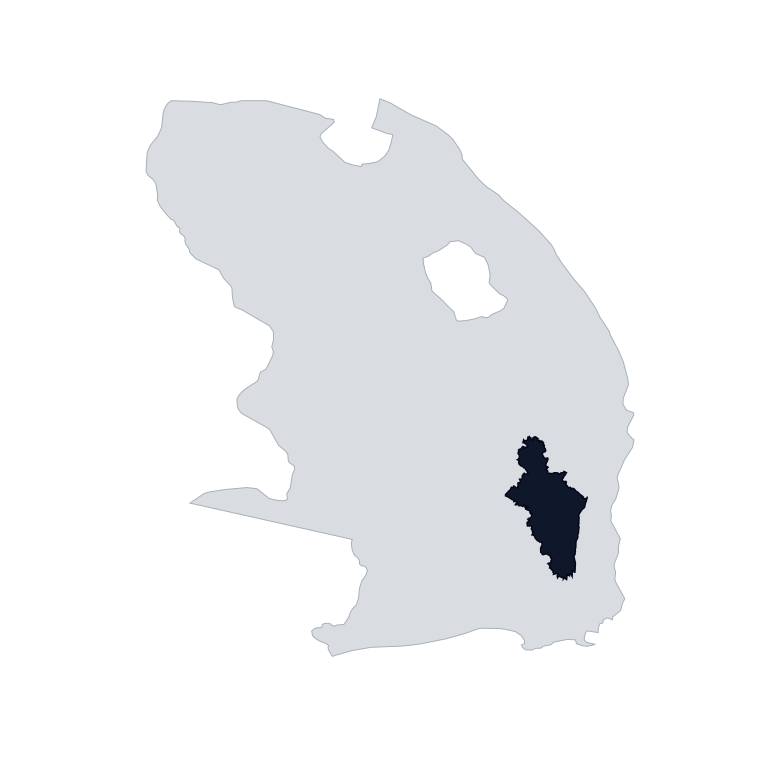 location of Central Karoo, Western Cape, South Africa, rotated 283°
{"feature_id": "47623444B66747201173997", "entity_name": "Central Karoo", "entity_type": "district", "adm_level": 2, "iso_a3": "ZAF", "parent_name": "South Africa", "parent_adm1": "Western Cape", "projection": "equal_earth", "projection_center": [22.176, -32.556], "detail": "fine", "context": "in_parent", "style": "filled", "palette": "ink", "viewbox_px": 768, "rotation_deg": 283, "n_neighbors": 0, "source": "geoboundaries", "source_scale": "gbopen_adm2", "svg_char_len": 9198}
<svg xmlns="http://www.w3.org/2000/svg" viewBox="0 0 768 768"><g transform="rotate(283 384 384)"><path d="M538.1,104.2L556.5,101.1L564.7,102.9L574.5,107.8L583.7,109.6L599.4,107.8L604.8,108.6L609.0,110.3L612.1,112.9L616.1,132.4L619.5,153.3L619.3,160.0L619.7,162.6L624.0,171.4L625.5,176.9L628.0,181.4L633.1,203.5L633.6,207.4L632.1,260.7L629.8,267.2L630.5,275.5L627.8,276.6L612.7,265.9L609.9,266.3L605.5,270.3L601.3,276.6L599.3,281.9L591.1,296.2L590.4,305.2L590.8,313.0L593.4,313.3L595.1,318.9L599.1,327.8L606.0,333.4L612.6,336.0L621.8,336.7L629.0,336.5L628.8,330.5L630.9,314.4L643.0,316.4L661.0,315.9L659.4,326.3L652.2,350.1L647.2,376.7L641.4,390.1L638.2,395.6L629.2,405.4L624.6,408.6L620.7,409.7L605.3,429.4L599.5,438.9L594.2,452.7L589.1,460.3L581.5,476.4L568.3,500.1L557.4,515.7L552.6,520.1L549.4,522.2L540.8,531.2L528.7,545.6L519.4,558.4L505.7,572.9L497.8,579.2L485.9,591.7L482.6,593.5L469.3,605.0L459.8,612.0L444.4,620.1L438.4,622.4L424.0,620.3L418.0,621.4L412.9,626.3L412.3,633.3L410.2,634.4L397.0,631.1L391.6,631.7L388.3,635.4L385.7,640.2L378.2,640.4L364.7,635.5L348.9,632.5L345.2,632.2L337.5,635.8L334.8,636.4L323.6,635.6L317.4,633.3L311.5,633.3L306.9,635.2L301.4,635.9L286.5,649.0L278.8,649.0L272.2,650.5L260.4,648.8L256.9,649.6L253.4,651.9L245.4,652.9L242.4,654.9L229.0,666.9L223.4,665.6L216.4,665.5L208.4,659.1L205.4,659.5L206.1,657.6L206.4,654.2L203.5,650.7L200.4,650.9L198.7,648.0L193.9,647.8L190.0,648.6L189.1,637.5L187.2,636.4L182.4,636.2L180.1,636.6L179.0,637.6L177.8,640.1L177.9,647.9L176.2,645.7L174.2,641.0L173.6,636.1L174.2,630.2L177.7,628.0L176.6,620.6L170.8,607.7L167.3,605.0L164.5,598.4L161.8,596.0L160.6,591.3L157.9,587.6L156.9,581.8L158.3,578.4L160.6,576.6L163.0,579.5L165.8,578.4L169.9,574.1L172.3,567.7L172.3,557.3L171.6,550.9L168.0,534.2L166.4,530.3L158.8,518.4L149.9,502.3L138.5,476.9L133.0,461.5L124.5,430.5L117.1,413.0L108.1,396.5L107.0,395.4L108.3,393.4L112.9,389.6L115.0,388.6L116.1,389.1L117.2,388.0L118.2,385.4L118.9,379.6L121.0,373.5L122.9,370.9L127.0,369.1L130.2,371.4L131.5,373.7L132.1,376.7L133.5,378.1L135.7,378.0L137.3,379.8L138.3,383.6L138.1,386.3L136.9,388.0L137.1,390.2L138.8,393.0L140.6,399.0L149.1,402.2L153.9,402.6L158.4,404.1L162.7,406.8L169.6,407.4L179.3,406.1L187.3,406.7L193.6,409.3L198.2,409.8L201.0,408.1L202.2,405.7L201.8,402.6L203.1,400.6L206.3,399.8L208.8,397.4L210.7,393.5L215.1,390.3L222.0,387.9L225.4,388.0L224.3,221.8L236.8,233.3L239.8,238.7L245.9,254.3L252.2,273.6L253.3,282.9L253.0,284.9L246.7,297.5L246.5,303.7L247.3,311.0L248.7,314.7L250.6,315.9L255.0,314.0L261.8,316.0L274.8,315.1L281.2,316.1L282.9,315.5L284.3,314.0L286.0,309.6L287.5,308.1L293.5,306.2L296.2,303.7L300.5,295.1L313.4,283.4L314.9,280.7L323.0,252.8L325.5,248.8L329.1,246.2L336.2,244.1L340.4,245.2L344.9,247.6L349.9,251.7L357.5,259.3L360.0,260.5L367.6,260.8L372.2,265.8L386.4,269.1L390.5,269.0L394.9,266.3L402.2,266.4L410.0,264.5L414.8,259.5L424.3,229.0L425.3,222.3L426.4,220.4L433.9,217.0L443.0,214.3L444.9,212.9L450.6,204.4L458.1,197.3L463.6,172.8L467.1,167.0L469.2,164.5L470.5,164.5L472.5,162.9L475.0,159.9L477.9,158.0L481.3,157.4L483.6,155.3L484.6,152.0L486.4,150.4L488.9,150.5L490.3,149.5L490.7,147.3L496.4,142.0L496.5,139.8L499.8,134.6L506.2,126.4L512.1,121.7L517.7,120.8L527.9,116.6L531.6,112.6L534.1,107.2L538.1,104.2ZM514.3,462.8L523.3,458.8L530.0,453.5L531.7,443.8L536.9,437.8L538.8,432.3L540.4,424.6L537.6,416.5L533.5,414.2L526.2,407.2L523.0,402.5L518.6,398.6L515.5,393.8L510.3,395.3L502.2,399.2L497.2,402.7L492.9,406.9L485.3,409.9L478.1,423.1L475.8,426.1L470.1,435.7L462.1,440.4L461.9,442.2L464.4,450.0L467.9,457.8L471.7,464.2L471.4,468.1L472.6,471.1L476.0,473.3L481.7,481.2L484.5,483.7L493.3,485.6L494.6,485.1L497.1,480.4L497.5,477.1L503.6,466.8L506.2,463.7L514.3,462.8Z" fill="#d9dde1" stroke="#a8b0b8" stroke-width="1"/><path d="M364.5,536.2L362.8,536.4L362.5,536.5L361.8,537.0L361.3,535.7L360.9,535.3L360.4,533.6L360.4,533.3L361.0,532.6L359.2,532.6L358.2,532.6L358.3,533.0L357.8,534.5L357.7,535.5L356.7,536.5L356.6,537.7L355.9,538.3L355.4,538.2L354.1,536.0L353.8,535.8L354.0,535.3L353.1,535.1L354.4,533.6L354.2,533.0L353.3,532.9L352.7,532.6L352.1,532.2L351.4,532.1L350.7,530.3L350.0,530.0L349.2,530.1L348.2,530.4L347.5,530.6L346.9,530.1L346.0,530.7L345.4,531.8L344.1,532.0L343.7,532.5L342.8,532.4L340.4,531.5L340.2,531.1L339.7,532.3L339.8,532.9L339.2,533.0L337.8,532.8L336.4,533.6L335.2,535.5L335.1,535.8L335.0,537.4L334.0,538.8L333.8,539.1L334.0,540.0L332.7,541.3L332.0,541.9L331.4,542.9L331.1,543.0L330.9,543.4L330.3,543.8L329.8,543.8L329.6,544.5L329.2,544.3L328.7,543.5L328.3,543.5L328.1,542.9L328.1,541.6L328.6,540.7L327.6,540.1L326.6,539.7L325.6,539.4L324.8,539.5L323.1,540.0L322.2,539.4L321.7,537.5L320.6,538.4L319.0,539.2L318.3,537.9L317.6,536.7L315.7,537.4L314.8,537.7L314.7,537.6L314.7,537.4L314.4,537.4L314.2,537.4L314.2,537.6L313.6,537.7L312.4,537.0L313.0,535.4L313.5,534.1L313.8,533.4L312.0,532.9L312.0,531.3L309.9,531.0L309.7,531.0L307.6,529.6L305.1,528.1L304.8,528.0L303.6,527.2L302.3,527.6L301.9,530.7L301.6,530.8L301.2,532.4L300.6,533.8L300.1,535.1L300.1,536.4L298.6,537.1L299.2,537.6L298.8,540.8L297.7,540.4L297.1,539.5L295.9,539.1L295.9,539.3L295.9,539.5L296.0,539.5L296.1,539.8L296.1,540.0L296.2,540.3L296.3,540.3L296.3,540.5L296.5,540.6L296.6,540.8L296.7,541.1L296.6,542.2L295.7,542.8L296.3,544.4L296.5,545.6L295.8,546.3L296.4,547.5L297.7,548.3L297.3,548.9L296.3,551.9L295.6,549.1L293.9,550.5L293.4,553.2L293.3,554.6L293.2,554.4L292.4,555.0L291.2,555.3L290.8,557.0L290.3,556.6L290.2,556.8L290.1,557.4L289.2,557.7L288.5,557.6L286.6,556.8L286.1,556.5L285.7,556.0L285.8,555.5L285.1,555.4L284.9,555.4L284.6,554.5L284.2,554.9L283.8,555.4L283.6,555.7L283.2,556.4L282.6,556.2L282.3,555.7L281.6,554.7L280.3,554.7L279.9,555.0L279.4,555.2L278.4,555.5L278.0,555.6L278.2,556.5L278.5,558.3L278.9,559.3L278.5,559.9L277.5,560.3L276.8,560.2L276.0,560.1L275.0,561.1L274.5,562.0L273.8,561.7L272.0,562.7L270.3,562.1L270.4,563.2L269.7,564.8L269.3,565.3L268.0,565.8L266.9,567.4L266.6,567.6L266.4,567.8L265.0,571.4L265.6,573.1L264.1,573.8L263.5,574.1L262.4,574.3L261.6,574.0L259.2,573.5L255.3,574.6L254.6,576.0L253.5,576.7L253.6,577.7L254.1,578.5L254.9,579.9L254.9,581.3L253.8,584.7L252.1,585.5L251.6,586.9L249.0,586.4L248.0,586.8L247.0,586.8L247.1,586.1L246.0,584.1L244.0,586.8L242.0,586.7L241.9,588.1L241.7,588.4L240.6,589.0L240.4,590.2L240.2,590.9L239.3,590.9L238.6,590.9L237.6,592.3L236.8,592.1L238.1,594.6L238.0,595.2L237.7,596.3L235.9,595.9L234.3,596.7L234.9,596.9L236.2,597.5L235.9,598.7L235.7,599.6L235.8,600.0L235.5,600.8L236.0,602.0L234.4,602.5L235.6,602.8L235.1,604.4L234.6,605.9L235.9,605.8L236.8,605.6L239.8,605.3L239.8,606.0L239.4,606.5L239.1,606.5L239.2,607.0L238.8,607.9L240.6,607.8L241.2,608.3L241.4,608.3L241.8,608.9L241.6,609.1L240.4,609.3L238.8,610.6L240.7,610.3L244.1,609.5L244.2,611.1L243.4,611.7L243.5,612.3L245.8,612.0L246.2,611.9L248.1,611.6L249.3,611.3L251.5,611.0L252.8,610.7L258.0,608.1L259.7,607.7L260.9,608.5L262.2,608.2L264.3,608.1L265.1,607.8L266.0,607.4L267.3,607.7L268.9,607.4L269.2,607.4L270.5,607.1L272.6,606.7L274.8,606.5L276.6,607.2L277.1,607.2L277.7,607.4L278.7,607.2L279.6,607.0L280.6,606.6L282.9,607.0L283.8,606.6L285.1,606.6L286.6,606.3L287.7,606.4L288.7,606.0L290.1,605.2L292.1,605.3L293.5,604.8L295.0,604.6L296.9,604.2L298.1,604.0L299.3,603.4L300.4,603.1L302.8,603.9L306.2,605.2L308.6,607.0L310.3,607.2L312.4,607.0L315.1,607.4L316.8,607.4L318.7,607.6L319.1,607.4L317.5,606.5L317.5,605.9L317.6,603.5L318.7,603.6L318.7,602.8L319.3,602.7L320.5,600.0L320.7,599.3L320.8,599.3L320.9,598.9L321.3,598.5L321.7,598.0L322.1,597.5L322.6,595.5L323.7,594.1L324.7,592.5L324.8,591.3L324.0,590.3L324.1,589.9L325.2,589.0L324.5,587.1L326.3,584.9L326.5,583.8L329.4,583.8L330.0,583.1L329.2,580.5L331.1,579.1L332.4,579.2L332.8,579.9L334.5,580.1L336.3,581.0L338.7,581.7L339.3,579.0L337.8,579.0L337.8,578.6L337.8,577.7L337.3,576.6L337.2,576.4L335.1,575.0L335.8,574.4L336.2,574.1L336.4,572.3L336.0,570.9L335.8,569.7L334.3,568.0L334.4,566.5L334.4,565.9L333.6,564.2L335.3,563.1L335.7,563.2L336.4,562.9L336.5,562.6L336.7,562.3L337.3,560.9L337.8,561.5L338.4,561.8L339.1,562.2L339.8,562.6L340.1,561.7L340.3,561.1L341.1,559.7L342.9,559.9L343.6,559.9L344.6,560.2L345.8,560.5L348.2,560.6L348.7,560.0L348.0,558.9L347.7,558.6L348.1,557.1L348.3,556.5L348.4,555.9L349.1,555.8L349.7,555.1L350.3,554.7L351.0,554.3L351.6,553.4L352.6,554.0L354.0,555.7L354.4,556.2L354.7,556.4L354.8,556.4L355.4,556.6L355.5,556.6L356.5,555.9L357.2,555.7L357.5,555.4L357.7,555.0L358.0,554.6L358.8,554.2L360.3,554.0L360.8,553.5L360.7,553.2L360.6,552.5L361.6,552.5L362.2,552.7L362.6,552.7L363.0,552.1L362.7,552.0L363.2,551.4L363.6,551.3L363.8,550.9L363.8,549.8L363.0,549.2L362.6,550.4L362.6,549.5L362.6,549.3L362.7,548.6L362.8,548.5L363.0,548.5L363.0,548.2L363.4,548.0L363.8,548.2L364.0,547.8L363.6,547.3L363.8,546.7L364.0,546.0L365.1,546.4L365.1,546.1L365.6,546.0L365.6,545.9L365.8,545.7L365.6,545.5L365.4,545.4L366.7,543.6L366.4,543.2L366.2,542.9L366.0,543.0L365.6,542.6L365.7,542.3L365.9,542.1L365.7,542.0L364.8,541.2L364.6,541.1L364.2,541.0L364.0,541.4L363.3,541.4L362.9,541.4L362.9,540.5L363.0,540.5L363.5,538.8L364.2,539.0L364.5,539.1L364.5,537.7L365.4,537.6L365.4,537.4L365.5,537.3L364.5,536.6L364.5,536.2Z" fill="#0f172a" stroke="#020617" stroke-width="1.5"/></g></svg>